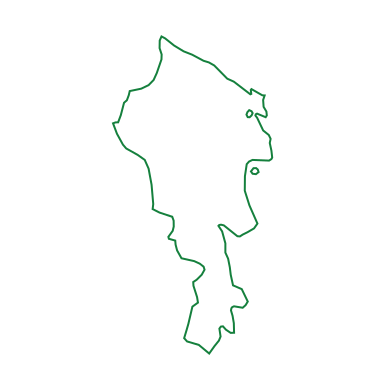 SVG path tracing the border of Armenia, rotated 38°
{"feature_id": "ARM", "entity_name": "Armenia", "entity_type": "country or territory", "adm_level": 0, "iso_a3": "ARM", "parent_name": "Asia", "parent_adm1": "", "projection": "albers", "projection_center": [45.222, 40.08], "detail": "fine", "context": "isolated", "style": "outline", "palette": "green", "viewbox_px": 384, "rotation_deg": 38, "n_neighbors": 0, "source": "natural_earth", "source_scale": "50m", "svg_char_len": 1860}
<svg xmlns="http://www.w3.org/2000/svg" viewBox="0 0 384 384"><g transform="rotate(38 192 192)"><path d="M171.5,229.7L168.9,225.4L155.7,211.2L143.4,200.3L135.0,195.8L126.5,196.2L113.3,198.2L108.4,197.2L97.0,192.3L87.5,186.5L88.9,184.2L90.9,182.6L88.6,175.3L83.5,163.5L84.2,159.8L82.6,154.7L80.8,150.8L88.4,141.8L92.0,134.5L92.8,127.4L91.0,119.9L86.3,106.3L83.4,102.3L77.9,98.6L73.3,92.5L72.2,88.2L76.1,87.5L87.7,87.6L98.8,86.3L107.6,83.7L120.3,81.5L125.5,79.5L131.6,78.6L150.0,81.0L157.0,79.3L177.8,79.1L178.3,78.2L175.5,75.4L175.5,74.3L187.9,72.5L189.8,71.2L191.4,75.7L196.0,80.8L201.1,82.8L203.8,85.6L204.0,87.7L195.0,90.2L194.4,91.5L194.9,92.7L197.6,93.4L210.2,99.7L217.4,99.8L221.2,101.7L223.1,105.5L229.2,110.6L234.0,115.5L234.3,117.2L233.4,119.8L219.9,129.5L218.2,132.9L218.0,136.4L224.0,147.0L232.8,158.5L245.5,167.2L263.0,176.6L263.3,182.5L260.5,189.5L258.2,194.3L257.1,197.5L255.0,198.9L237.6,198.7L235.0,199.9L233.8,201.2L233.7,202.4L240.0,204.5L249.9,211.9L255.6,219.2L261.5,222.3L268.1,228.0L273.5,233.4L281.8,240.3L291.0,237.9L303.4,244.0L303.9,248.2L303.2,252.0L295.5,256.2L294.6,257.9L294.6,259.3L295.6,261.3L300.2,264.6L305.7,269.6L311.8,277.0L309.2,279.2L303.5,279.6L299.1,278.8L297.6,280.3L297.7,282.8L303.5,288.3L304.7,292.5L304.6,299.7L305.0,308.7L291.5,308.3L280.1,312.8L275.8,312.0L272.8,304.3L270.3,298.1L262.9,282.1L264.8,275.5L260.7,271.7L250.9,265.0L248.4,262.2L249.7,258.3L250.6,251.2L249.7,245.5L247.1,243.7L242.2,243.7L236.3,245.1L224.5,250.7L216.2,247.2L211.5,243.6L208.7,240.6L202.6,243.1L201.0,241.9L200.7,234.5L198.9,230.5L195.2,225.9L191.7,223.7L179.1,228.2L171.5,229.7ZM191.4,97.6L191.8,94.9L191.2,92.5L189.2,91.7L186.7,92.3L186.5,95.0L187.3,97.5L189.8,98.7L191.4,97.6ZM231.4,138.6L228.5,140.3L225.8,139.5L225.8,135.4L227.8,133.7L230.0,133.8L232.2,135.3L231.4,138.6Z" fill="none" stroke="#15803d" stroke-width="2"/></g></svg>